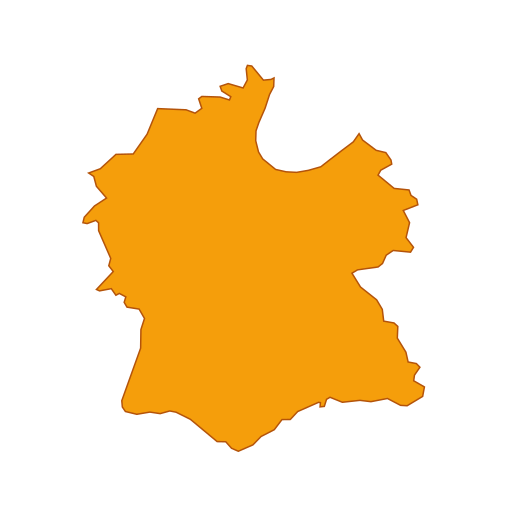 an SVG outline of Wiltshire, rotated 344°
{"feature_id": "GBR-2757", "entity_name": "Wiltshire", "entity_type": "Unitary Single-Tier County", "adm_level": 1, "iso_a3": "GBR", "parent_name": "United Kingdom", "parent_adm1": "", "projection": "equal_earth", "projection_center": [-1.898, 51.324], "detail": "fine", "context": "isolated", "style": "filled", "palette": "amber", "viewbox_px": 512, "rotation_deg": 344, "n_neighbors": 0, "source": "natural_earth", "source_scale": "10m", "svg_char_len": 1799}
<svg xmlns="http://www.w3.org/2000/svg" viewBox="0 0 512 512"><g transform="rotate(344 256 256)"><path d="M300.3,70.4L304.3,72.2L311.6,89.0L319.1,90.4L322.4,89.8L319.7,98.0L313.6,104.4L305.5,116.4L295.6,128.4L290.5,135.7L287.5,145.1L287.1,156.7L289.2,164.5L298.7,178.2L308.2,183.4L318.1,186.8L330.0,188.1L342.9,188.1L353.5,183.8L367.7,178.2L381.0,173.1L388.8,166.8L390.4,173.9L400.6,187.5L409.3,192.4L412.2,201.0L411.8,205.1L399.6,207.9L395.6,211.9L407.4,229.1L421.3,234.7L421.7,240.5L426.1,245.7L425.7,251.4L410.1,252.8L412.8,266.3L405.3,279.7L409.8,291.1L405.6,294.9L389.4,288.5L381.4,291.1L375.6,298.0L370.4,300.2L349.8,297.3L343.5,299.0L347.9,314.6L359.9,331.4L362.7,342.1L360.8,353.8L370.2,358.4L372.9,362.8L369.2,373.9L373.6,389.8L373.0,399.8L380.5,403.6L382.9,408.1L375.5,414.2L373.2,419.4L381.8,428.3L377.5,436.9L360.0,441.6L353.8,439.4L343.1,429.2L326.3,427.7L316.1,423.4L298.7,420.4L288.2,412.2L284.3,413.2L280.2,419.4L276.0,418.7L277.5,414.7L275.8,413.9L253.2,417.0L243.9,422.6L235.9,420.4L225.7,428.0L211.1,430.9L201.0,436.7L185.2,438.8L179.5,434.1L175.7,426.2L167.5,423.7L147.9,394.9L136.1,384.1L130.4,381.2L120.4,381.1L111.0,376.8L97.8,375.3L87.6,369.5L85.9,364.3L87.1,358.1L119.7,312.8L125.1,295.0L131.6,285.3L129.0,274.8L117.9,269.6L116.5,264.2L119.6,259.4L114.3,254.3L110.5,255.1L107.9,247.5L96.0,246.4L93.4,244.2L114.5,231.6L111.8,224.8L115.7,218.3L114.3,207.8L111.7,188.3L113.8,180.7L111.9,177.6L102.6,178.3L98.8,176.3L101.6,171.4L114.5,163.4L128.3,159.1L121.8,145.0L122.0,134.8L118.0,130.1L130.4,129.2L149.4,119.7L166.1,124.1L184.9,108.9L202.1,87.2L229.1,96.2L236.8,101.9L244.6,99.1L244.2,89.1L247.9,87.7L265.3,93.3L273.5,98.7L275.7,95.9L268.6,88.0L268.3,83.0L276.8,82.6L289.9,90.9L296.2,84.4L298.2,73.2L300.3,70.4Z" fill="#f59e0b" stroke="#b45309" stroke-width="1.5"/></g></svg>